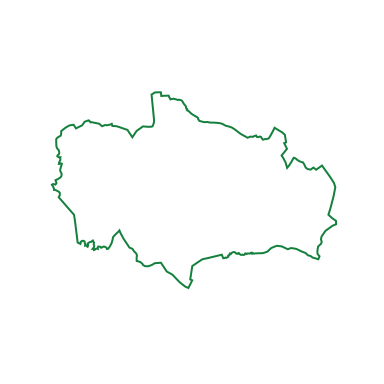 Bebeji, Kano, Nigeria (Mercator projection), rotated 112°
{"feature_id": "59680162B69796164397605", "entity_name": "Bebeji", "entity_type": "district", "adm_level": 2, "iso_a3": "NGA", "parent_name": "Nigeria", "parent_adm1": "Kano", "projection": "mercator", "projection_center": [8.315, 11.538], "detail": "fine", "context": "isolated", "style": "outline", "palette": "green", "viewbox_px": 384, "rotation_deg": 112, "n_neighbors": 0, "source": "geoboundaries", "source_scale": "gbopen_adm2", "svg_char_len": 4966}
<svg xmlns="http://www.w3.org/2000/svg" viewBox="0 0 384 384"><g transform="rotate(112 192 192)"><path d="M281.7,279.1L281.9,276.9L282.0,276.1L281.0,276.1L280.0,276.5L278.6,275.7L277.9,274.4L278.1,273.0L279.5,272.3L280.1,271.6L281.8,271.0L281.0,270.0L280.8,269.1L281.8,268.8L281.9,268.3L281.1,268.3L280.2,268.4L278.7,269.4L277.4,268.5L276.3,267.6L275.9,266.6L274.7,266.2L274.1,265.7L275.8,263.8L277.4,263.6L278.1,262.7L279.7,262.2L282.0,262.8L281.6,261.7L282.5,261.2L281.8,260.4L280.9,260.0L280.1,259.2L280.0,258.0L279.2,258.5L277.7,258.5L277.1,256.3L277.7,255.5L277.5,255.0L276.6,254.3L275.5,253.3L275.5,252.0L275.6,250.6L276.7,249.5L276.0,248.4L274.5,248.1L273.0,247.7L269.1,247.4L266.4,247.7L263.3,248.3L258.9,246.6L256.9,245.6L254.8,244.9L256.4,243.4L260.8,238.2L267.0,229.1L267.0,225.9L268.6,223.7L270.0,220.5L271.6,219.2L273.5,218.8L274.5,218.4L276.7,217.4L276.4,215.6L276.4,214.5L276.3,213.5L277.2,211.0L278.0,210.1L278.4,207.9L277.3,204.8L274.6,201.8L272.0,199.9L269.2,194.3L275.2,185.6L275.9,179.4L280.3,169.6L282.2,163.0L282.4,159.4L273.8,158.7L273.7,160.9L260.5,164.0L250.6,157.3L246.3,151.1L242.0,145.1L239.0,140.9L241.1,138.8L241.7,138.2L241.0,137.0L240.5,136.7L240.2,136.3L240.3,135.6L239.6,135.0L239.1,134.6L238.6,134.2L238.1,134.1L237.6,134.6L237.1,134.4L236.0,133.5L235.6,133.8L235.1,133.9L234.7,133.8L234.7,133.4L234.6,132.6L233.4,132.3L232.4,131.4L232.0,130.6L231.8,130.0L231.9,129.3L232.0,128.8L232.4,128.5L232.5,127.7L232.3,127.2L232.2,126.7L232.2,126.4L231.5,126.3L231.2,126.1L231.1,125.6L231.5,125.0L231.8,124.2L231.9,123.5L232.0,122.9L231.6,122.5L231.4,122.2L231.2,121.7L231.2,121.0L230.9,120.3L230.4,119.8L229.6,119.8L229.1,119.7L228.8,119.3L229.1,118.3L228.8,117.9L228.2,117.5L227.8,116.5L227.5,115.3L226.6,114.8L226.2,114.5L225.9,114.0L225.8,113.5L226.3,113.3L226.7,113.0L226.2,112.5L225.9,112.1L225.9,111.4L225.2,110.3L224.3,108.3L222.1,103.3L219.0,99.7L214.5,97.7L213.0,96.3L211.2,94.4L210.0,93.0L208.8,88.2L209.2,81.8L206.9,79.2L206.2,76.6L205.7,74.1L205.9,70.3L206.1,68.4L206.0,63.9L207.3,60.6L206.9,58.2L207.6,55.8L207.0,49.7L203.8,49.7L202.5,52.3L200.7,53.3L197.5,54.2L195.2,54.6L191.5,52.9L189.4,53.2L187.6,54.7L184.6,55.2L181.6,54.5L178.2,53.8L176.4,52.7L175.8,52.3L170.7,49.1L167.9,46.3L164.8,47.7L163.8,52.0L162.0,57.0L154.8,57.6L142.6,59.2L133.9,60.9L130.3,63.9L126.0,70.0L123.1,74.6L118.8,81.4L124.8,85.2L123.9,88.6L126.8,90.4L127.4,93.3L126.8,95.7L124.5,98.1L123.0,100.1L123.2,102.1L123.2,102.8L123.3,103.6L123.2,104.2L123.0,105.2L122.8,106.5L122.2,108.1L122.0,110.3L122.6,110.6L125.0,110.9L126.9,111.1L131.0,111.9L134.0,112.8L129.1,116.7L128.0,118.2L126.2,120.2L124.6,122.6L116.4,120.1L112.2,124.8L110.7,123.4L104.2,127.3L102.9,130.8L102.4,134.2L101.5,139.5L104.3,139.7L109.3,140.2L113.5,140.9L115.1,142.8L115.6,144.2L116.9,145.8L116.2,147.2L115.1,148.7L115.1,149.8L116.4,151.2L116.6,152.5L115.6,153.7L116.9,155.3L118.0,156.1L118.6,158.3L120.9,160.9L120.5,163.3L120.4,164.7L119.9,168.7L118.0,175.5L117.3,179.2L117.4,181.5L117.6,183.3L117.9,185.3L117.8,187.2L117.5,188.5L117.5,190.0L117.8,192.1L118.6,195.1L119.3,197.1L119.7,198.3L120.4,200.1L121.0,201.7L121.2,203.7L122.1,205.5L122.8,207.4L123.0,209.2L123.3,211.8L122.8,212.5L122.1,213.6L121.1,214.1L120.8,214.9L120.0,220.3L119.5,222.3L119.1,223.2L118.7,224.2L118.3,225.3L118.1,226.3L118.2,226.8L117.7,227.1L117.1,227.4L117.3,227.8L117.0,227.9L116.5,228.8L115.1,229.5L114.3,230.7L113.1,233.0L112.3,233.8L111.1,235.6L111.0,237.3L111.4,238.8L112.1,239.9L112.0,240.8L112.3,242.8L112.4,244.1L114.2,246.7L113.1,247.9L112.8,248.5L112.0,249.2L111.4,249.7L112.4,252.0L113.0,253.5L114.5,256.4L111.2,258.3L113.5,263.6L116.8,266.0L139.0,254.4L140.8,253.6L143.0,253.2L144.7,253.2L145.8,253.2L146.5,253.8L147.0,254.9L147.6,256.1L148.1,257.4L148.6,259.1L149.6,262.1L156.3,266.3L163.6,267.8L158.6,275.1L159.2,286.1L159.6,287.8L159.9,288.5L160.1,289.0L160.3,289.5L160.3,289.9L160.3,290.0L160.5,290.4L160.6,290.6L158.9,291.9L160.1,293.1L160.9,294.2L162.1,296.1L162.5,297.7L164.7,300.0L163.5,303.7L164.6,309.9L164.9,311.2L165.4,312.1L165.2,312.3L165.0,312.6L164.9,312.8L164.9,313.2L165.0,313.4L165.0,313.5L164.9,313.6L164.6,313.8L164.4,314.0L164.3,314.3L164.3,314.7L167.1,317.9L171.3,318.8L176.5,323.4L174.0,327.0L176.2,330.6L179.8,333.4L184.6,336.1L186.3,335.4L187.6,334.9L189.0,334.9L190.6,336.1L192.1,337.2L193.9,337.7L196.8,336.5L199.0,335.5L200.7,334.7L202.2,333.2L202.9,331.5L204.5,330.2L205.8,329.6L207.2,329.6L208.0,330.3L209.3,330.3L209.7,328.7L209.3,327.7L209.1,327.1L210.0,327.2L210.6,326.4L211.8,326.0L213.4,326.3L214.4,326.2L215.2,326.1L215.8,326.0L215.4,325.1L214.5,324.3L214.6,323.3L215.5,323.1L218.2,322.9L220.6,322.6L222.0,321.9L223.0,320.8L223.9,319.8L225.3,319.2L226.8,319.1L228.0,319.6L228.8,320.2L230.1,321.0L231.3,322.2L232.2,323.0L234.5,321.0L236.3,321.4L236.6,323.7L237.7,324.6L239.4,322.4L240.5,321.3L241.7,320.8L241.3,319.6L241.6,315.7L242.3,314.3L244.2,313.4L246.8,313.6L257.3,292.9L262.6,289.7L281.7,279.1Z" fill="none" stroke="#15803d" stroke-width="2"/></g></svg>